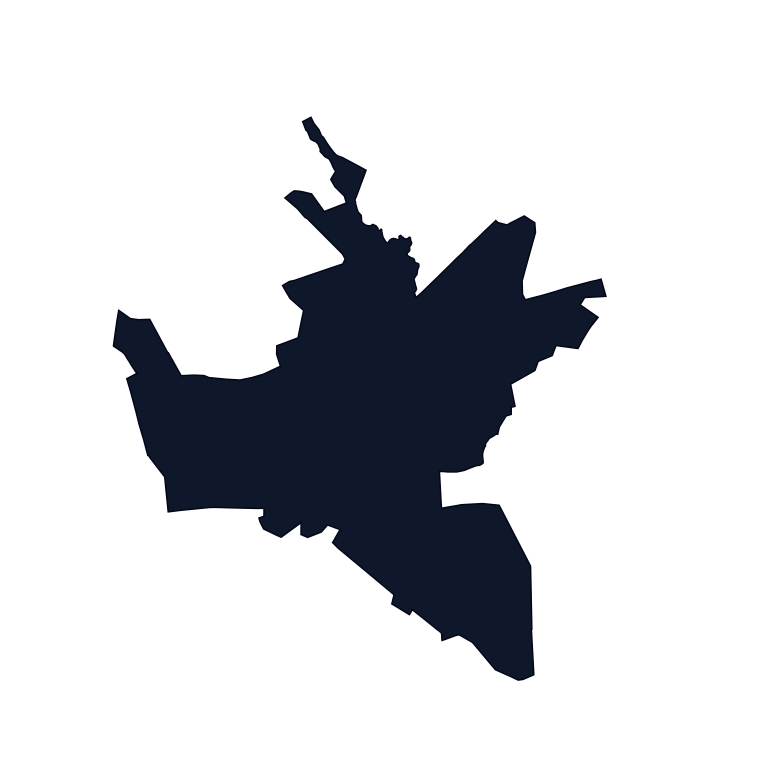 outline of Valka, Valkas, Latvia, rotated 28°
{"feature_id": "27541924B34676349154335", "entity_name": "Valka", "entity_type": "district", "adm_level": 2, "iso_a3": "LVA", "parent_name": "Latvia", "parent_adm1": "Valkas", "projection": "orthographic", "projection_center": [25.998, 57.777], "detail": "fine", "context": "isolated", "style": "filled", "palette": "ink", "viewbox_px": 768, "rotation_deg": 28, "n_neighbors": 0, "source": "geoboundaries", "source_scale": "gbopen_adm2", "svg_char_len": 5906}
<svg xmlns="http://www.w3.org/2000/svg" viewBox="0 0 768 768"><g transform="rotate(28 384 384)"><path d="M629.7,531.2L598.9,476.0L542.6,437.0L527.2,443.3L520.7,447.2L509.0,454.3L504.7,457.7L499.6,461.6L493.1,466.7L490.0,461.7L476.7,439.7L474.0,435.3L477.5,433.4L481.6,431.7L489.5,427.5L491.2,426.1L495.4,422.6L496.5,421.3L499.5,417.7L502.6,414.1L504.3,412.4L506.6,410.8L507.8,409.2L508.3,408.1L508.6,407.1L508.5,406.7L504.7,401.1L503.6,398.7L502.9,395.7L502.5,392.2L502.7,391.2L501.8,389.2L501.6,388.6L501.8,387.4L502.2,385.4L502.5,382.4L503.7,380.7L505.7,377.4L506.2,375.9L506.6,375.6L508.0,375.0L507.9,374.7L506.9,371.0L506.0,367.8L506.8,354.9L510.6,351.1L507.3,344.8L510.2,342.2L505.6,336.6L495.9,324.7L499.3,319.4L510.9,301.2L509.5,291.7L519.2,279.9L517.8,269.3L538.6,261.6L538.6,257.7L538.5,253.2L538.8,247.4L539.1,241.3L539.7,235.7L541.8,224.7L541.3,224.6L520.0,222.0L520.6,213.4L538.8,202.4L526.8,189.9L526.4,189.5L523.5,192.3L518.4,196.6L500.2,213.5L495.4,218.4L491.2,222.6L482.6,231.0L469.2,243.3L464.2,239.8L457.6,228.2L455.2,217.9L450.7,197.6L446.6,179.1L441.4,170.8L436.6,170.5L433.5,170.2L431.0,170.0L428.9,169.8L428.0,171.2L427.8,171.5L426.5,173.2L425.4,174.9L424.4,176.3L423.3,177.9L422.1,179.6L421.1,181.0L420.1,182.4L419.2,183.9L417.9,185.8L413.0,187.0L408.1,188.2L407.8,187.5L407.1,187.5L406.4,187.4L406.0,187.2L403.8,193.8L402.9,196.5L402.3,198.3L401.8,199.8L401.5,200.6L401.3,201.2L400.9,202.4L400.9,202.6L400.8,202.8L400.3,204.2L399.7,206.3L399.0,208.4L398.5,210.1L398.0,211.7L397.3,213.5L396.8,215.2L396.3,216.8L396.2,217.0L395.6,218.6L395.1,220.3L394.9,221.4L394.5,221.2L394.1,222.5L393.7,224.1L393.3,225.8L392.8,227.5L392.3,229.3L391.9,231.0L391.3,232.6L390.7,234.3L390.2,235.9L390.0,236.3L388.8,239.9L388.3,241.5L386.4,247.8L384.0,255.4L382.9,258.8L381.0,264.9L379.8,268.7L378.5,272.6L375.6,281.8L374.1,286.3L371.9,292.1L371.8,292.4L370.3,291.3L368.2,289.4L368.0,288.9L368.3,287.1L368.2,285.1L367.1,283.6L366.6,283.3L361.3,277.4L361.1,276.7L361.4,272.9L361.7,272.0L360.2,267.6L359.8,267.1L359.9,265.2L359.5,263.5L358.4,261.8L357.1,261.6L354.9,262.2L354.5,262.1L353.9,261.6L352.1,259.7L350.5,259.3L349.2,259.8L345.8,259.6L344.2,259.6L343.7,258.8L343.4,258.5L343.2,258.0L343.1,257.5L343.3,257.0L343.4,256.6L343.7,255.9L344.0,254.5L343.6,252.9L342.5,251.7L342.4,251.0L342.3,250.5L342.3,249.6L342.5,248.7L342.5,248.0L342.3,246.8L342.1,246.3L341.4,245.6L340.6,245.1L340.2,244.8L339.8,244.2L339.4,243.6L338.8,242.7L338.1,242.4L337.5,242.5L337.3,242.7L336.9,243.8L336.5,244.8L335.6,245.4L334.8,245.8L333.8,246.1L333.5,246.1L332.4,245.6L331.5,245.6L330.6,245.7L330.4,245.6L330.2,245.4L329.7,245.1L329.4,245.0L329.1,245.0L328.6,245.2L328.3,245.7L328.0,246.7L328.3,247.3L328.9,247.9L329.2,248.2L329.3,248.7L329.0,249.4L328.6,250.0L328.4,250.1L327.6,250.1L326.6,250.4L326.0,250.5L324.2,250.9L323.4,251.5L322.5,252.4L322.1,253.2L321.5,254.5L321.4,255.6L321.3,256.9L321.1,257.3L320.6,257.7L320.3,257.8L319.6,257.8L318.4,257.4L317.7,257.0L314.7,255.1L313.6,254.2L312.7,253.2L312.4,252.8L311.5,251.6L310.8,250.9L310.4,250.3L310.0,249.7L309.8,249.2L309.6,248.9L309.1,248.6L308.6,248.8L308.5,249.3L308.4,249.7L308.2,250.3L307.7,250.7L306.9,250.9L306.6,250.7L306.3,250.4L305.6,249.5L305.4,249.3L304.8,248.9L304.2,248.8L302.7,248.1L301.0,248.2L299.1,248.4L297.9,250.6L297.3,251.1L294.1,252.2L292.5,252.3L290.5,252.0L288.6,251.4L287.6,250.4L285.4,246.8L284.5,245.7L280.7,244.4L280.1,244.0L278.6,242.7L274.2,238.0L273.0,236.2L271.9,235.4L271.8,234.7L271.6,232.0L270.8,225.7L269.6,217.1L269.5,215.9L269.0,212.8L268.9,211.6L268.8,210.8L267.8,203.7L259.6,203.6L254.4,203.6L253.1,203.6L240.4,203.6L236.6,204.3L234.2,204.2L230.7,203.0L224.2,200.0L221.4,198.5L219.0,197.2L215.2,194.9L211.9,193.9L207.3,190.1L199.8,186.8L194.3,182.8L189.0,190.5L195.0,195.7L195.6,196.4L198.0,197.0L202.0,200.4L204.0,202.1L206.7,202.4L210.2,202.1L213.2,203.1L217.4,206.5L218.5,208.7L221.8,209.8L225.0,211.0L228.6,211.0L230.1,211.2L233.6,213.5L237.1,216.3L239.7,218.0L241.3,218.6L241.4,219.0L241.0,226.8L241.0,228.4L247.9,232.8L260.8,236.7L262.7,238.7L265.9,241.7L250.2,259.8L230.9,250.2L222.9,252.2L218.1,253.8L214.1,255.6L213.2,257.1L212.6,258.2L212.2,258.9L209.2,266.2L219.4,268.5L225.6,269.9L232.3,272.6L236.2,274.0L238.3,273.9L280.3,286.8L285.1,288.3L286.2,288.6L291.1,291.9L291.2,296.2L291.7,296.9L290.2,298.5L281.2,308.0L271.8,318.0L256.4,334.5L255.6,335.2L252.4,337.8L248.2,344.7L254.5,348.7L261.0,352.6L266.1,353.8L278.5,356.8L281.4,366.8L286.4,383.6L280.0,390.9L271.4,400.6L275.2,408.1L284.2,416.9L273.1,431.8L264.4,440.3L255.0,448.1L242.8,453.7L226.5,460.5L221.2,461.0L212.0,465.4L201.0,471.9L178.8,457.6L178.2,457.8L146.8,436.9L140.7,440.4L137.0,442.5L129.4,445.3L115.2,443.5L118.4,453.2L126.7,476.0L127.3,477.5L129.9,477.8L132.6,478.0L134.6,478.3L137.2,478.5L138.9,478.9L140.6,479.3L142.2,480.1L144.6,481.7L148.6,483.9L151.2,485.5L156.2,488.3L158.2,489.4L160.1,490.3L160.9,490.5L154.4,500.1L163.6,509.4L178.2,525.1L187.1,535.0L193.8,541.8L197.2,545.2L198.9,547.0L200.4,548.7L201.7,550.0L202.1,550.5L206.7,555.5L207.2,555.9L209.0,558.0L209.3,558.0L211.6,558.0L211.6,558.8L234.0,569.0L248.8,591.2L252.0,596.0L253.5,598.2L263.6,591.1L287.8,575.0L292.1,572.6L295.8,570.7L303.5,566.9L317.5,559.9L331.4,552.9L332.8,552.0L336.4,550.2L337.0,551.2L340.1,557.2L336.5,561.0L339.1,563.8L345.8,568.5L358.7,568.0L365.1,567.6L375.9,545.3L381.4,555.9L388.6,555.3L398.2,544.1L400.3,535.0L414.0,533.1L413.5,533.7L413.1,548.2L414.6,548.6L420.3,550.4L421.2,550.6L428.5,552.1L451.1,556.8L483.0,563.5L489.8,564.9L491.8,565.4L492.3,567.4L493.4,571.5L494.1,574.5L499.6,574.8L507.6,575.3L514.7,575.7L515.0,570.3L515.0,570.0L527.0,572.2L530.2,572.8L536.1,573.9L546.3,575.9L551.1,576.7L551.9,577.3L552.9,578.7L555.6,583.2L555.9,583.0L565.0,572.8L567.9,570.2L572.9,570.3L583.0,570.6L584.4,571.0L616.5,584.0L633.2,582.8L641.6,582.4L645.4,579.6L652.8,570.4L629.4,531.6L629.7,531.2Z" fill="#0f172a" stroke="#020617" stroke-width="1.5"/></g></svg>